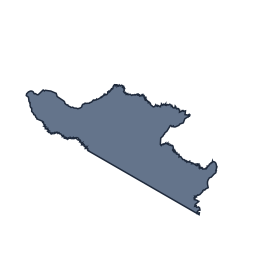 outline of Paná-paná (Campo Alegre), Guainía, Colombia, rotated 30°
{"feature_id": "7082276B62655490891692", "entity_name": "Paná-paná (Campo Alegre)", "entity_type": "district", "adm_level": 2, "iso_a3": "COL", "parent_name": "Colombia", "parent_adm1": "Guainía", "projection": "robinson", "projection_center": [-69.293, 2.063], "detail": "fine", "context": "isolated", "style": "filled", "palette": "slate", "viewbox_px": 256, "rotation_deg": 30, "n_neighbors": 0, "source": "geoboundaries", "source_scale": "gbopen_adm2", "svg_char_len": 5803}
<svg xmlns="http://www.w3.org/2000/svg" viewBox="0 0 256 256"><g transform="rotate(30 128 128)"><path d="M57.7,169.7L58.6,168.6L59.1,169.7L59.7,169.3L60.3,170.4L60.7,170.2L60.4,170.9L61.0,170.7L61.1,171.3L61.8,171.4L62.5,170.7L62.3,170.2L63.0,171.0L64.2,170.9L64.0,171.5L64.5,171.6L64.7,170.4L65.5,170.5L65.2,170.0L66.3,169.5L66.7,168.7L67.1,169.2L67.3,168.7L68.0,169.2L67.5,168.5L68.4,167.3L69.2,167.7L69.1,167.1L71.0,167.2L70.9,166.7L71.8,167.1L72.7,166.7L74.4,167.6L75.5,166.9L75.6,168.2L76.7,167.3L77.9,168.7L79.2,167.9L78.8,167.3L79.4,167.2L79.7,168.1L80.5,168.0L81.2,167.6L80.9,167.0L81.3,166.5L81.6,167.3L82.1,166.2L83.4,165.7L83.1,165.2L83.7,165.4L84.5,164.5L84.5,163.9L84.8,164.6L85.2,163.7L85.7,164.3L86.5,163.8L86.4,164.2L87.0,163.8L86.6,163.3L87.2,163.2L87.2,163.5L87.6,163.1L87.3,162.8L87.8,162.3L88.4,162.6L88.3,162.1L89.0,161.7L90.3,161.7L90.7,162.5L90.3,163.3L91.0,163.3L91.1,162.6L91.8,162.5L92.0,163.3L92.0,162.4L92.5,162.4L93.0,163.9L93.4,163.3L93.7,163.9L94.9,163.8L94.7,164.2L95.3,164.6L95.7,163.9L95.7,164.9L96.1,165.3L96.5,165.1L96.4,165.7L97.0,165.4L97.4,164.1L97.9,164.6L97.3,165.1L98.5,164.6L98.6,165.2L99.4,165.8L100.5,165.0L100.9,166.2L101.1,165.5L101.6,166.1L101.9,165.4L102.0,166.4L102.5,165.9L103.5,166.0L103.7,167.1L105.1,167.3L105.0,167.6L232.9,167.5L232.2,165.7L231.8,165.8L231.4,166.9L230.8,166.8L230.6,167.3L229.8,166.3L230.2,164.1L231.4,163.1L229.9,161.4L228.5,161.1L227.1,162.4L226.2,162.0L225.9,161.2L224.9,162.4L224.4,160.5L226.3,155.6L225.3,156.5L223.9,156.1L221.3,156.8L221.1,155.2L220.6,155.0L220.5,155.7L220.2,155.6L220.2,154.7L221.4,153.8L220.2,153.5L221.4,152.8L221.8,151.2L222.3,151.2L223.5,149.7L224.5,145.4L224.1,144.9L224.4,144.0L224.9,143.4L225.5,143.4L225.8,141.8L227.3,139.6L224.9,136.9L223.7,134.8L223.3,132.8L223.4,130.4L224.7,128.9L225.5,125.1L226.4,122.9L226.1,121.7L225.5,121.2L225.7,120.7L225.3,120.6L224.5,117.4L224.2,117.6L223.7,116.6L221.7,114.6L220.1,114.1L218.1,114.7L217.7,114.3L218.1,115.9L217.3,116.6L217.5,117.5L216.6,118.5L216.8,120.6L215.6,121.4L216.3,122.3L215.6,123.7L216.2,123.6L216.2,124.2L213.3,126.2L212.8,125.5L211.9,125.3L211.9,126.0L211.0,126.4L211.0,125.8L210.1,125.7L210.1,126.4L209.3,125.3L209.2,126.2L208.8,125.6L208.8,124.7L208.1,124.7L207.7,124.0L207.3,124.8L207.2,124.1L206.8,124.0L206.3,124.2L206.5,125.7L205.9,126.4L204.9,126.2L204.8,125.3L203.7,126.2L202.7,126.0L201.3,126.9L201.4,126.1L198.5,126.7L198.0,125.9L197.1,127.4L195.9,127.3L195.9,128.0L194.5,127.2L193.9,127.4L193.9,127.9L192.4,127.3L191.2,127.9L188.0,126.4L187.0,126.9L186.7,127.5L185.9,126.0L185.1,125.8L185.6,125.7L185.3,125.3L183.5,126.2L182.8,125.2L182.4,125.9L180.9,124.7L180.7,125.4L180.1,124.7L180.2,125.3L179.8,125.6L179.3,124.7L179.2,125.5L177.6,124.8L177.5,124.0L177.9,123.9L177.4,122.8L175.9,121.1L174.8,121.0L174.4,121.6L173.6,121.3L173.7,121.7L171.8,122.1L171.1,122.0L171.1,121.6L170.7,122.0L170.0,121.0L169.8,121.9L168.8,122.5L168.2,121.9L167.7,123.3L166.9,123.9L167.3,124.0L166.9,124.7L165.6,125.5L165.5,126.6L164.2,126.0L161.4,120.4L162.4,117.0L162.1,115.8L162.6,114.9L162.3,113.9L163.3,111.3L163.4,104.9L163.8,104.4L165.3,104.9L166.2,103.7L166.5,104.3L167.6,103.9L168.5,103.3L170.7,100.3L171.0,98.5L173.3,95.9L172.6,91.7L174.1,88.7L174.7,88.3L174.5,87.2L175.3,87.0L175.1,85.7L174.2,85.5L173.5,86.8L170.7,87.9L169.2,84.4L167.7,85.8L167.0,85.3L166.1,85.9L166.3,86.5L164.7,88.6L163.9,86.7L162.9,86.7L162.3,86.0L161.6,86.1L160.8,87.0L160.3,86.5L159.1,86.8L158.8,85.8L157.9,85.4L158.4,86.9L157.9,87.7L156.6,87.9L155.7,87.1L154.8,87.7L154.5,86.5L152.9,86.8L152.3,86.5L151.2,88.1L150.1,88.1L149.8,89.4L149.0,89.5L148.5,88.4L148.4,89.6L147.1,89.4L146.8,90.9L144.9,90.3L145.4,91.5L145.0,92.7L145.5,93.3L145.2,93.6L142.5,93.5L142.7,94.5L141.9,94.6L140.4,93.9L140.4,96.1L139.3,97.1L135.5,96.4L135.3,95.7L134.3,95.2L133.2,95.9L133.2,95.4L132.8,95.7L132.4,94.8L131.6,95.1L130.8,94.6L129.7,95.1L129.5,94.3L128.9,94.8L128.7,94.1L128.5,94.8L127.6,94.1L127.9,93.7L127.3,93.5L127.5,92.7L126.4,93.1L125.7,91.9L124.7,92.6L124.2,91.5L123.5,91.9L123.2,93.8L122.0,93.6L122.0,94.4L120.9,94.0L120.5,94.9L120.5,94.1L120.0,94.5L119.9,94.1L119.7,94.5L119.0,94.0L118.0,95.6L116.7,95.6L117.1,95.8L116.9,96.3L115.5,96.9L115.0,97.9L113.0,97.7L111.5,99.0L110.7,98.4L110.5,99.1L109.5,98.9L109.9,99.6L109.6,99.9L108.9,99.0L107.7,99.3L107.5,98.6L106.6,99.0L105.9,98.6L106.0,97.5L105.2,96.4L105.5,95.6L105.0,95.3L105.1,95.7L104.0,95.6L103.8,96.1L103.8,95.7L103.4,95.6L103.8,95.3L103.2,95.1L103.5,94.7L102.9,94.7L103.0,94.1L102.1,94.2L102.0,93.5L101.8,94.3L100.8,94.3L100.4,95.3L99.5,95.3L99.1,96.0L98.9,95.6L98.6,96.4L97.9,96.3L97.8,96.8L97.6,96.3L96.6,97.2L96.7,96.6L96.1,97.1L96.0,96.5L94.6,97.3L94.4,99.3L95.1,101.5L94.1,102.1L94.1,102.8L94.5,102.9L93.9,104.1L94.2,104.2L93.9,106.0L93.0,105.7L93.0,106.6L92.4,106.9L93.1,108.0L92.9,109.7L91.9,110.5L91.4,110.2L91.1,111.2L90.5,110.8L90.6,112.3L90.2,112.7L90.2,113.7L89.6,113.9L89.7,114.9L88.9,115.1L88.8,116.1L87.4,118.3L86.8,118.8L86.4,118.6L86.2,119.9L85.3,120.2L84.8,121.2L84.0,121.1L83.5,123.8L82.3,125.0L82.3,125.7L79.2,127.8L78.4,127.9L78.2,128.8L77.2,129.8L76.9,131.2L77.4,132.9L76.8,134.3L74.9,136.4L73.5,136.6L71.3,137.7L69.7,137.6L68.3,138.8L67.1,138.5L65.4,138.8L64.3,138.1L63.2,138.7L60.9,138.2L60.3,137.3L58.9,136.7L50.9,136.2L48.5,133.9L42.7,134.6L37.5,136.7L37.1,137.7L35.5,137.5L33.6,144.0L32.7,144.6L30.6,144.5L29.7,145.2L27.8,144.1L26.3,144.1L24.9,144.9L23.7,146.6L23.1,149.1L23.7,150.8L26.4,151.1L29.1,154.6L30.4,154.9L30.4,155.5L31.2,156.0L32.1,157.7L33.6,159.0L34.7,159.0L36.3,161.8L39.1,162.7L39.6,163.5L41.4,163.4L42.5,164.6L44.2,165.1L44.5,165.7L49.9,165.0L50.6,165.1L51.2,165.8L51.9,165.9L52.0,165.5L52.9,166.7L53.8,166.8L54.2,167.7L54.7,167.1L55.1,168.1L55.6,168.1L55.0,168.5L55.9,168.5L56.6,169.7L56.8,169.3L57.2,169.8L57.7,169.7Z" fill="#64748b" stroke="#1e293b" stroke-width="1.5"/></g></svg>